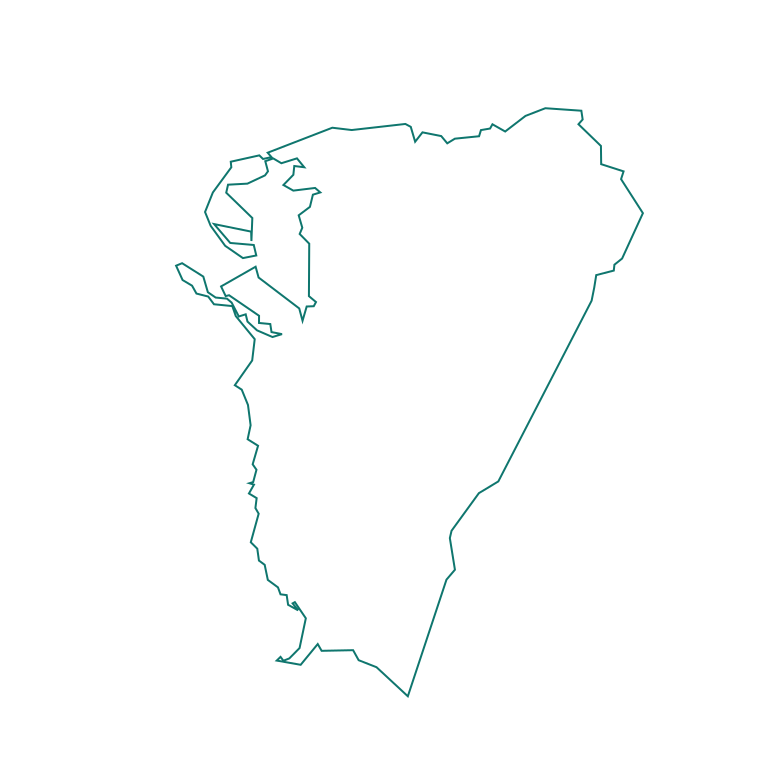 outline of Galway City West Lea-6, Galway, Ireland, rotated 100°
{"feature_id": "5873133B97398643420992", "entity_name": "Galway City West Lea-6", "entity_type": "district", "adm_level": 2, "iso_a3": "IRL", "parent_name": "Ireland", "parent_adm1": "Galway", "projection": "mercator", "projection_center": [-9.109, 53.266], "detail": "fine", "context": "isolated", "style": "outline", "palette": "teal", "viewbox_px": 768, "rotation_deg": 100, "n_neighbors": 0, "source": "geoboundaries", "source_scale": "gbopen_adm2", "svg_char_len": 2009}
<svg xmlns="http://www.w3.org/2000/svg" viewBox="0 0 768 768"><g transform="rotate(100 384 384)"><path d="M191.7,573.5L197.1,572.0L225.1,585.8L245.7,590.1L258.3,582.2L275.5,564.4L284.5,544.8L279.6,532.1L269.7,536.4L271.8,559.9L256.0,579.1L257.0,541.3L266.2,539.4L243.4,542.5L223.0,572.6L214.8,572.2L210.4,553.3L199.2,537.4L194.7,535.2L185.2,539.6L181.1,532.2L184.4,523.4L176.9,508.9L184.4,500.2L184.9,510.2L193.7,509.6L205.5,517.6L209.3,506.9L202.9,485.9L206.4,480.0L209.9,486.9L222.4,487.7L232.7,497.3L244.3,491.6L250.9,493.1L258.8,482.0L310.5,473.2L315.1,465.2L319.6,466.7L321.1,473.6L335.9,475.2L324.3,480.6L300.9,526.0L290.8,530.8L316.2,561.4L324.9,555.2L323.5,552.0L338.5,518.9L345.6,517.7L344.7,506.4L352.4,503.8L352.6,493.1L357.1,502.0L353.2,518.4L346.2,529.3L339.4,532.3L342.7,538.7L330.3,548.2L327.2,553.5L328.1,564.8L324.2,573.4L309.6,580.6L300.1,603.8L303.6,609.3L316.6,600.4L320.5,590.1L327.5,584.4L328.4,572.3L335.0,565.3L333.6,546.9L342.8,541.8L362.3,519.1L383.7,517.9L411.1,530.7L414.3,523.1L428.3,514.3L447.8,508.2L462.1,508.7L466.7,497.3L485.9,499.4L490.6,494.7L503.3,495.8L505.1,499.3L505.7,494.6L515.3,498.0L518.5,489.6L528.5,489.1L533.5,484.9L563.0,487.7L568.2,480.2L579.6,476.5L582.8,470.1L597.1,464.4L602.7,453.1L609.1,449.4L608.8,443.2L618.1,440.1L621.8,429.3L615.9,435.9L614.3,433.9L628.3,420.3L658.7,421.3L670.7,429.6L674.0,435.0L670.7,438.5L675.0,441.6L675.0,417.3L651.6,404.1L657.6,399.1L651.5,368.2L660.4,361.0L664.2,342.2L687.4,306.3L565.8,288.5L554.6,281.9L524.3,292.4L516.8,292.0L475.0,271.6L460.1,254.5L265.9,194.0L252.7,193.7L239.9,193.9L232.4,177.4L226.5,177.8L219.1,171.3L170.8,158.7L141.1,186.1L133.0,185.0L129.8,208.3L111.9,211.7L94.4,237.6L89.0,234.3L80.6,237.1L84.4,273.0L95.4,291.2L114.3,308.5L109.4,322.3L114.0,323.9L117.1,332.6L123.5,333.4L130.1,356.8L136.0,363.5L129.9,370.7L129.5,389.8L140.0,395.4L126.1,402.3L124.2,408.1L139.5,459.9L140.6,479.4L176.4,538.7L180.1,534.2L183.4,542.2L180.5,546.5L191.7,573.5Z" fill="none" stroke="#0f766e" stroke-width="2"/></g></svg>